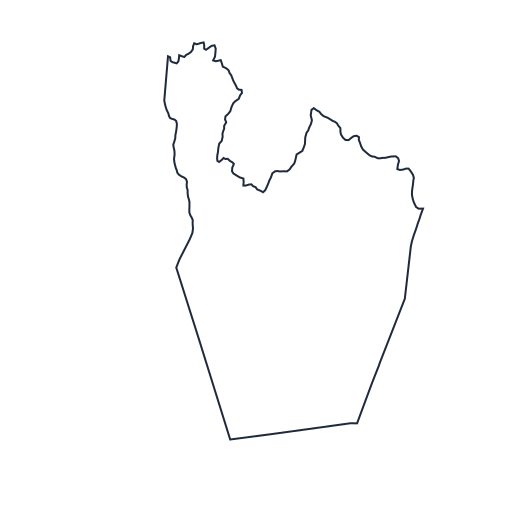 outline of Teixeira de Freitas, Bahia, Brazil, rotated 22°
{"feature_id": "56859067B64660770353607", "entity_name": "Teixeira de Freitas", "entity_type": "district", "adm_level": 2, "iso_a3": "BRA", "parent_name": "Brazil", "parent_adm1": "Bahia", "projection": "equal_earth", "projection_center": [-39.873, -17.43], "detail": "fine", "context": "isolated", "style": "outline", "palette": "slate", "viewbox_px": 512, "rotation_deg": 22, "n_neighbors": 0, "source": "geoboundaries", "source_scale": "gbopen_adm2", "svg_char_len": 3211}
<svg xmlns="http://www.w3.org/2000/svg" viewBox="0 0 512 512"><g transform="rotate(22 256 256)"><path d="M393.1,149.5L389.0,151.2L386.1,150.6L382.3,147.2L379.9,144.3L377.7,140.9L376.5,137.9L375.8,135.3L374.8,131.2L373.6,127.0L373.1,124.5L371.2,122.0L367.6,119.4L364.7,117.8L362.3,118.8L360.0,120.8L357.2,122.3L354.5,122.5L353.4,118.2L353.0,114.3L351.2,112.1L348.3,111.2L343.9,113.2L341.0,115.2L339.2,116.5L336.4,117.7L334.2,119.1L332.0,119.8L328.8,119.5L326.5,120.2L324.3,120.2L321.7,119.5L319.0,118.6L315.2,117.2L312.4,114.9L310.1,112.2L307.9,109.9L306.9,107.2L304.2,106.8L301.7,108.3L300.3,110.4L298.4,113.9L295.4,114.9L292.3,113.7L289.3,111.5L287.9,109.5L286.3,105.8L283.3,104.2L281.3,102.6L278.9,102.0L276.5,102.0L273.8,101.5L270.8,101.0L268.4,101.0L266.2,101.0L263.2,100.0L260.7,98.5L257.8,98.2L254.2,97.3L252.7,99.6L253.4,102.5L254.1,105.2L257.0,109.2L257.5,112.9L257.2,117.2L257.4,120.1L256.7,122.6L257.2,127.4L259.4,133.8L259.6,137.2L259.6,141.2L257.4,144.2L255.6,146.7L256.2,150.2L256.7,153.4L256.8,156.0L255.4,159.9L254.8,162.9L253.1,165.9L249.6,167.2L246.4,168.7L244.3,169.1L242.1,170.2L240.2,173.1L240.4,177.4L240.1,181.2L240.2,184.8L240.1,188.3L239.9,191.6L238.7,194.2L236.2,193.9L234.3,193.8L232.1,193.8L229.7,192.3L227.2,192.4L224.9,191.3L223.0,192.2L220.0,194.6L217.9,195.4L216.8,191.9L215.3,188.9L211.4,189.2L208.3,188.7L206.0,188.3L204.0,187.9L202.0,186.4L200.9,182.9L201.0,178.9L199.1,178.0L196.6,177.7L193.3,176.5L191.4,177.5L189.2,177.3L188.3,179.6L186.6,182.6L184.6,182.3L183.3,179.9L182.3,176.7L181.8,173.8L180.6,169.9L179.8,165.5L181.1,162.2L180.4,157.9L179.1,155.2L178.8,152.6L178.8,149.9L177.7,147.3L178.3,143.2L176.1,140.9L175.4,137.9L176.9,134.8L177.9,131.6L177.5,126.8L177.7,122.9L178.8,120.3L181.1,116.8L181.1,112.9L181.9,110.1L180.4,107.4L177.7,108.2L175.6,107.6L173.9,105.8L170.8,103.3L168.8,101.5L167.1,99.6L165.2,97.6L163.1,96.4L161.0,94.1L158.8,93.3L156.8,93.0L154.3,92.9L152.2,90.2L149.9,87.6L147.9,89.1L145.7,90.5L143.0,90.7L143.3,86.5L142.2,82.7L141.0,78.9L138.6,76.2L136.0,77.9L134.3,80.6L132.4,83.5L130.3,83.2L128.8,79.5L127.4,77.6L124.8,79.4L121.8,81.9L119.0,81.9L119.1,85.2L120.0,88.0L119.3,91.2L117.5,94.0L115.9,95.7L115.0,98.3L112.2,98.6L109.6,98.6L110.5,101.6L111.1,104.6L110.3,107.1L108.2,107.3L105.9,107.6L103.7,107.1L101.9,103.9L99.6,103.8L112.7,146.2L114.5,149.0L116.4,151.6L118.6,154.2L121.2,156.5L123.0,158.9L124.7,160.3L127.2,160.3L129.4,160.0L131.5,160.8L133.2,163.2L134.3,166.5L135.3,170.5L136.0,174.2L137.0,177.0L137.4,180.5L137.6,183.8L139.0,186.2L140.9,188.9L142.5,192.4L143.7,196.9L145.6,200.3L147.3,202.6L148.8,204.6L150.5,206.3L151.9,208.3L154.1,209.5L157.0,210.1L159.8,210.2L162.3,210.9L164.2,213.0L164.9,215.6L166.1,218.3L167.8,220.3L169.1,223.5L170.8,226.5L172.6,228.7L174.0,230.7L175.7,234.9L176.7,237.7L177.9,240.6L180.0,243.0L181.8,244.3L183.8,246.3L185.2,249.9L187.3,254.2L188.4,258.5L188.3,265.2L186.3,287.9L186.4,296.6L236.2,356.9L300.8,435.8L339.1,414.2L406.2,375.7L412.4,373.3L411.2,332.2L411.1,326.3L411.0,312.1L410.8,308.2L410.0,239.9L396.0,189.2L395.1,184.2L394.8,180.9L394.5,177.1L394.4,174.5L394.3,171.8L394.1,168.5L393.8,165.1L393.7,161.0L393.3,156.2L393.2,152.8L393.1,149.5Z" fill="none" stroke="#1e293b" stroke-width="2"/></g></svg>